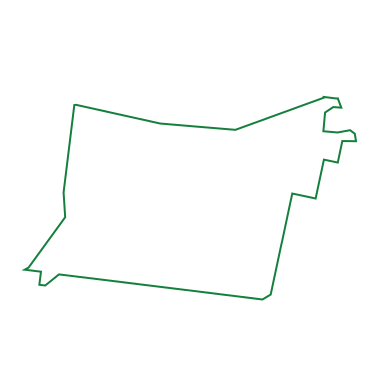 outline of 71, Umm Salal, Qatar, rotated 277°
{"feature_id": "91078587B67880775667160", "entity_name": "71", "entity_type": "district", "adm_level": 2, "iso_a3": "QAT", "parent_name": "Qatar", "parent_adm1": "Umm Salal", "projection": "orthographic", "projection_center": [51.367, 25.463], "detail": "fine", "context": "isolated", "style": "outline", "palette": "green", "viewbox_px": 384, "rotation_deg": 277, "n_neighbors": 0, "source": "geoboundaries", "source_scale": "gbopen_adm2", "svg_char_len": 635}
<svg xmlns="http://www.w3.org/2000/svg" viewBox="0 0 384 384"><g transform="rotate(277 192 192)"><path d="M302.7,325.3L302.4,324.8L302.4,311.3L301.8,311.6L279.7,268.2L259.0,227.5L257.5,189.5L256.1,152.0L259.2,119.8L264.4,66.2L264.0,64.6L240.5,64.6L175.9,64.6L151.5,69.2L97.1,39.0L94.5,35.4L94.5,40.7L94.5,51.8L81.3,51.8L81.3,57.7L94.0,70.0L94.0,173.6L94.0,195.0L93.9,275.0L99.8,282.6L151.0,287.1L153.5,287.4L202.7,291.7L200.6,315.5L240.2,319.0L239.0,333.1L260.9,335.0L262.4,348.6L269.6,346.5L272.6,341.4L268.8,329.1L268.3,315.0L287.1,314.4L293.5,321.8L293.9,329.9L302.7,325.3Z" fill="none" stroke="#15803d" stroke-width="2"/></g></svg>